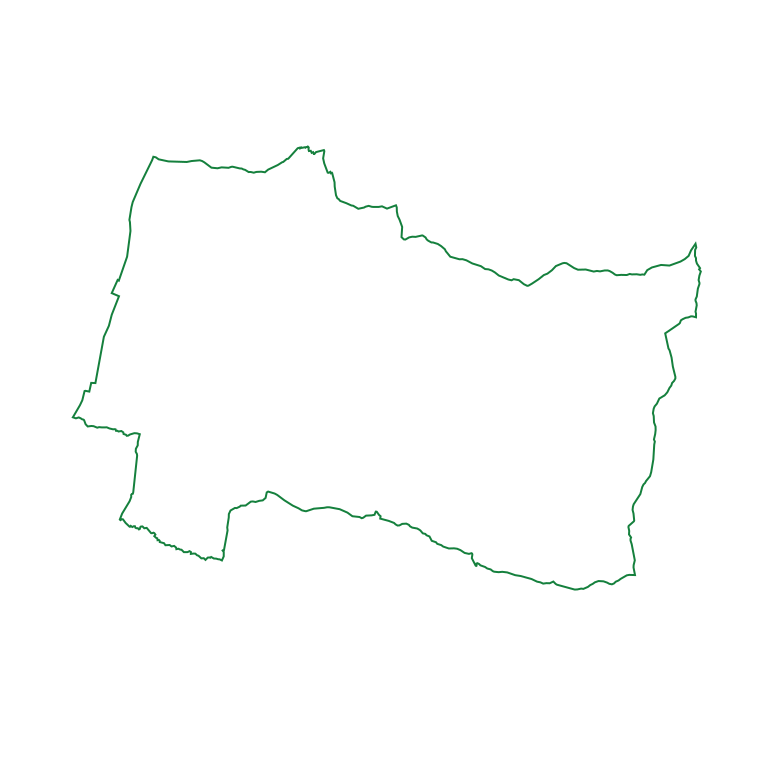 the district of Rosiile, Vâlcea, Romania, rotated 105°
{"feature_id": "2599482B62585031131856", "entity_name": "Rosiile", "entity_type": "district", "adm_level": 2, "iso_a3": "ROU", "parent_name": "Romania", "parent_adm1": "Vâlcea", "projection": "natural_earth1", "projection_center": [23.93, 44.897], "detail": "fine", "context": "isolated", "style": "outline", "palette": "green", "viewbox_px": 768, "rotation_deg": 105, "n_neighbors": 0, "source": "geoboundaries", "source_scale": "gbopen_adm2", "svg_char_len": 6160}
<svg xmlns="http://www.w3.org/2000/svg" viewBox="0 0 768 768"><g transform="rotate(105 384 384)"><path d="M496.7,675.9L496.9,672.7L495.3,670.2L495.6,668.2L496.2,666.5L496.2,665.0L496.6,664.3L500.1,661.8L501.7,659.2L500.3,655.8L499.9,653.6L500.4,649.7L499.4,648.0L498.9,645.0L497.6,640.5L498.0,637.7L497.9,634.0L497.3,632.3L497.3,631.5L498.6,630.7L498.2,629.3L498.6,628.2L497.4,625.5L498.2,623.3L499.7,622.6L499.8,620.1L500.6,619.1L500.1,617.8L498.5,616.3L496.1,612.4L495.6,609.8L495.7,606.9L503.7,606.8L507.0,606.0L510.8,606.9L513.7,606.3L515.5,604.6L517.1,603.9L553.4,598.2L555.0,598.2L555.5,599.1L556.6,599.5L558.6,598.9L563.1,599.4L576.9,603.4L583.3,604.1L583.7,603.3L582.4,602.2L582.3,601.1L585.1,597.6L587.7,592.8L587.6,592.3L586.6,591.9L587.3,590.1L586.1,588.8L585.9,587.7L587.1,587.0L587.4,586.0L587.0,584.5L587.9,583.1L587.3,582.4L585.1,582.3L584.6,581.9L584.1,580.4L585.4,578.2L584.4,576.0L588.3,570.4L588.2,569.5L587.3,568.2L587.5,567.2L588.7,565.8L590.4,566.5L591.6,564.3L591.7,563.1L593.5,562.3L592.9,561.1L593.5,560.1L594.7,559.7L594.7,555.3L596.3,553.4L595.0,549.4L595.9,547.2L594.7,544.8L595.8,542.5L597.3,541.8L596.3,539.9L596.7,538.1L596.5,536.7L598.2,533.8L597.2,530.2L595.8,528.6L596.3,527.0L598.1,526.6L597.1,524.2L596.7,522.3L597.8,520.3L597.9,518.7L599.7,515.3L598.9,513.0L600.1,510.9L597.3,509.3L596.7,507.6L596.8,506.9L595.8,506.2L596.6,503.2L596.1,500.8L596.2,498.8L595.9,497.4L596.4,494.9L592.0,494.2L587.8,495.3L586.6,496.8L586.1,496.4L586.0,495.6L585.6,495.6L565.9,497.2L563.1,498.3L553.1,499.4L549.8,500.2L545.9,499.5L542.3,495.9L542.0,494.2L539.8,491.6L538.6,490.9L537.2,486.2L532.1,482.2L531.4,480.3L531.2,477.5L529.1,474.2L527.8,471.0L524.7,468.9L519.1,469.2L517.9,468.1L518.1,461.3L518.8,458.4L522.1,450.2L525.1,440.6L526.2,434.3L527.3,430.5L527.2,427.1L527.0,426.2L522.6,419.5L519.1,409.8L517.8,407.1L517.2,404.7L516.4,394.4L517.7,386.0L519.9,380.3L518.8,373.2L519.4,370.8L518.5,369.4L515.8,367.3L514.1,362.0L512.8,359.3L509.8,359.0L509.3,358.8L509.3,357.9L511.7,355.0L512.6,353.1L515.0,352.8L515.0,344.0L515.6,338.3L516.6,336.5L517.2,334.3L516.6,332.5L514.4,330.2L513.1,326.3L513.6,323.5L514.7,322.1L515.4,319.6L515.0,314.5L515.6,312.2L516.1,310.9L518.2,307.9L518.1,305.3L519.1,303.8L519.5,300.6L523.1,297.3L523.4,292.8L524.6,291.2L524.8,287.0L525.7,284.8L526.1,278.8L524.6,273.8L524.2,270.7L524.7,267.1L526.3,262.4L526.1,258.0L524.8,255.7L525.0,255.0L525.9,254.5L529.5,254.1L535.6,248.6L535.9,247.9L535.6,247.6L533.4,248.1L532.9,247.4L533.3,245.5L534.2,244.0L534.6,239.0L535.5,236.5L535.5,233.0L536.6,230.5L536.8,229.1L536.1,224.6L534.8,221.1L534.1,216.2L534.7,207.8L534.1,202.3L534.2,190.9L535.3,185.0L535.1,181.6L535.6,178.6L534.3,175.5L533.6,172.4L531.0,169.3L532.7,166.4L533.1,165.0L533.2,146.6L532.4,144.1L530.6,140.6L530.3,138.4L527.2,134.5L524.8,132.7L523.1,130.7L521.0,129.0L518.8,125.8L517.8,120.9L518.1,117.1L518.7,114.6L518.5,112.0L517.1,110.2L515.0,109.0L513.1,106.6L511.0,105.0L506.0,100.0L504.9,97.7L503.6,92.1L496.6,95.5L494.3,96.0L489.4,96.1L474.6,103.3L471.5,105.3L469.8,105.8L468.3,105.6L465.9,108.4L462.5,109.1L458.9,110.9L457.7,110.9L452.0,107.1L451.1,107.0L444.5,109.5L441.3,111.3L438.0,111.8L435.5,111.7L424.0,107.9L416.6,107.9L413.8,107.3L412.0,106.2L410.0,105.8L404.2,103.2L400.0,103.1L387.2,104.3L372.5,107.3L369.5,107.5L367.7,108.9L362.2,109.1L358.2,109.7L354.8,110.7L351.3,113.2L345.1,115.2L342.6,116.7L338.0,117.1L335.6,116.8L332.4,115.3L326.8,114.3L322.2,109.9L318.7,108.2L313.8,107.2L311.2,106.1L308.5,106.0L305.9,104.6L303.3,104.0L301.7,104.4L292.4,109.5L284.0,113.1L277.5,116.9L276.1,118.4L262.3,125.5L249.6,114.6L248.6,114.0L245.7,113.7L244.2,112.4L242.0,109.8L240.9,107.3L239.2,105.0L238.8,103.3L238.8,99.9L235.3,100.8L233.5,101.8L227.1,102.3L225.0,103.1L223.0,104.6L221.6,105.0L218.6,104.5L210.7,105.5L205.9,105.2L204.8,105.4L202.2,107.0L197.6,107.4L193.3,107.1L191.7,109.3L190.3,108.7L186.7,112.9L184.0,114.6L181.7,115.2L179.8,116.8L173.9,118.2L171.3,117.7L167.9,119.4L175.4,122.0L181.4,122.9L185.5,125.8L189.0,129.3L195.7,138.9L197.3,147.2L202.1,155.4L205.9,159.2L211.0,160.8L211.3,162.8L212.2,164.7L212.6,168.3L214.0,173.0L214.1,175.1L215.9,177.7L217.2,183.1L218.7,187.4L218.5,189.2L217.4,191.9L216.5,195.3L216.4,197.3L217.3,200.4L219.3,204.5L219.7,207.6L221.1,210.5L221.2,218.7L223.4,226.2L222.8,230.4L220.1,238.9L220.4,241.2L221.2,242.8L225.6,248.5L230.6,251.2L235.1,254.7L237.4,257.8L242.7,261.7L248.7,267.0L251.6,269.9L252.1,271.1L251.4,274.7L248.8,280.6L249.2,285.9L250.8,287.6L250.9,290.9L249.5,301.2L247.5,305.8L246.5,309.3L246.2,312.7L246.8,316.1L245.1,320.9L244.7,329.9L243.2,336.4L243.1,340.5L244.0,343.4L243.9,352.9L239.8,358.6L238.1,360.1L236.0,364.5L234.8,368.3L234.6,373.2L235.0,374.9L234.1,378.5L233.3,380.2L231.7,381.8L230.6,384.9L230.6,385.6L233.7,391.5L234.4,394.8L235.9,397.7L238.9,400.7L239.2,402.2L237.6,405.1L227.6,407.1L221.3,411.5L218.2,414.2L214.1,416.2L210.1,417.4L208.3,418.7L213.8,426.5L212.9,431.9L214.3,434.9L215.6,439.6L216.0,441.6L215.9,444.9L217.5,447.7L218.7,448.9L221.4,454.2L219.8,459.9L220.0,461.7L219.1,467.1L218.5,473.7L217.1,475.7L216.7,477.1L214.1,479.2L206.1,482.7L201.9,484.0L193.6,488.7L193.4,489.0L194.2,489.8L193.0,490.8L194.3,492.0L194.4,493.1L186.4,498.8L181.8,501.2L174.5,501.9L173.6,502.6L177.6,509.7L179.9,510.8L180.0,511.3L178.4,512.5L179.4,513.7L177.7,515.1L178.4,516.8L177.3,517.5L175.1,517.9L174.4,518.7L174.4,519.1L175.1,519.3L175.2,520.4L176.1,521.1L175.8,521.7L177.2,524.5L176.9,524.9L178.1,526.0L177.4,526.4L178.6,528.4L191.2,534.8L191.8,536.2L195.6,538.8L196.1,539.7L200.0,543.3L206.9,551.4L210.3,553.8L210.7,557.5L212.2,562.2L213.6,564.5L213.7,567.6L214.3,569.6L213.1,573.6L213.1,575.5L212.7,577.2L213.1,579.1L213.3,586.4L213.7,587.6L215.4,590.1L216.8,597.0L218.7,600.6L219.7,606.7L216.4,614.9L215.7,617.4L215.6,619.8L218.4,627.5L220.6,632.0L224.8,649.9L225.3,659.8L224.1,663.1L224.2,665.6L227.8,665.9L253.6,671.0L273.3,673.8L278.5,673.7L291.4,672.4L293.4,671.3L301.8,668.5L327.5,665.1L352.8,666.9L352.4,668.2L366.7,670.5L367.8,662.7L387.6,664.9L399.0,664.8L410.9,666.8L457.8,663.0L458.7,667.1L467.6,666.7L467.9,670.8L468.3,671.4L477.8,671.2L483.2,672.2L496.7,675.9Z" fill="none" stroke="#15803d" stroke-width="2"/></g></svg>